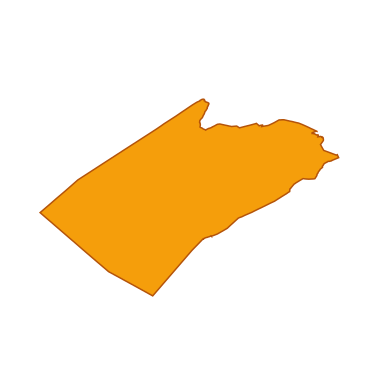 Øyer nor, Oppland, Norway, rotated 159°
{"feature_id": "86288312B79344664474428", "entity_name": "Øyer nor", "entity_type": "district", "adm_level": 2, "iso_a3": "NOR", "parent_name": "Norway", "parent_adm1": "Oppland", "projection": "natural_earth1", "projection_center": [10.395, 61.327], "detail": "fine", "context": "isolated", "style": "filled", "palette": "amber", "viewbox_px": 384, "rotation_deg": 159, "n_neighbors": 0, "source": "geoboundaries", "source_scale": "gbopen_adm2", "svg_char_len": 5196}
<svg xmlns="http://www.w3.org/2000/svg" viewBox="0 0 384 384"><g transform="rotate(159 192 192)"><path d="M126.6,237.5L128.2,238.0L131.7,239.0L132.4,239.5L133.2,240.0L133.9,240.4L135.6,241.6L136.3,242.0L138.0,243.1L139.3,244.0L139.5,244.1L140.1,244.5L141.6,245.5L144.0,246.1L145.1,246.0L146.3,245.8L147.6,245.6L147.9,245.6L148.5,245.6L148.8,245.5L149.1,245.5L149.5,245.4L149.6,245.5L151.2,245.2L151.7,245.2L152.0,245.2L152.2,245.3L152.6,245.2L152.8,245.2L153.0,245.2L153.6,245.4L153.9,245.4L154.2,245.4L155.1,245.2L155.9,245.2L156.1,245.1L156.3,245.1L157.1,244.9L157.7,245.8L158.8,246.6L159.1,247.1L159.4,247.7L160.1,248.5L160.5,248.7L160.8,249.1L161.2,249.5L161.2,249.9L160.9,250.4L160.6,250.9L160.1,251.7L160.0,252.8L159.7,253.3L159.7,253.6L160.0,253.9L160.0,254.3L159.8,254.8L159.7,254.9L159.5,255.1L159.3,255.4L159.3,255.6L159.2,255.8L158.9,256.1L158.4,256.3L158.0,256.6L157.7,256.8L156.6,257.3L155.9,257.6L155.5,257.9L155.1,258.3L154.9,258.5L154.3,259.1L154.2,259.3L154.0,259.5L153.8,259.6L153.3,259.9L153.0,260.3L152.6,260.5L152.4,260.7L152.2,261.0L151.7,261.6L151.4,261.9L151.3,262.1L151.2,262.3L151.0,262.5L150.8,262.6L150.5,262.7L150.0,262.9L149.9,263.0L149.7,263.2L149.4,263.4L149.0,263.7L148.8,263.9L147.8,264.6L147.7,264.9L147.5,265.1L147.5,265.3L147.5,265.5L147.2,265.8L146.6,266.2L146.6,266.3L146.5,266.5L146.1,266.7L145.7,267.0L145.6,267.3L145.5,267.5L145.4,267.6L145.1,267.8L144.9,267.9L144.9,268.0L144.7,268.4L144.5,268.6L144.5,268.9L144.6,269.1L145.0,269.4L145.1,269.7L145.2,269.9L145.3,270.0L145.6,270.1L146.4,270.8L146.6,271.1L146.9,271.2L147.2,271.4L147.2,271.5L147.2,271.8L147.2,272.0L147.3,272.3L147.4,272.5L147.6,272.7L147.9,272.9L147.8,273.1L147.5,273.2L147.4,273.2L147.3,273.3L147.4,273.6L147.6,274.3L148.4,274.7L148.9,274.8L149.3,274.8L149.5,274.9L151.8,274.6L152.1,274.2L153.3,274.2L155.2,274.1L155.8,274.0L160.1,273.2L163.2,272.5L164.0,272.3L164.5,272.2L166.2,271.8L168.7,271.2L172.7,270.3L179.8,268.6L193.7,265.7L197.6,264.7L200.6,264.0L202.7,263.5L207.4,262.5L239.9,255.7L294.2,244.2L309.3,238.6L320.7,234.6L327.5,232.1L329.2,231.5L341.2,227.2L339.2,223.4L338.3,221.7L326.7,200.1L311.8,172.2L305.9,161.3L298.4,147.5L281.9,128.1L265.9,109.1L248.4,118.5L213.0,137.5L209.8,139.0L198.8,144.1L198.6,144.1L198.5,143.9L198.3,143.8L198.2,143.9L198.3,143.9L198.0,144.1L198.0,144.3L197.9,144.3L197.8,144.2L197.6,144.2L197.3,144.2L197.1,144.3L196.7,144.3L196.3,144.4L196.1,144.5L195.8,144.4L195.7,144.4L195.4,144.4L195.0,144.4L194.8,144.3L194.4,144.3L194.1,144.2L193.7,144.2L193.1,144.2L192.8,144.2L192.6,144.2L192.2,144.1L191.9,144.1L191.7,144.1L191.2,144.1L190.9,144.1L190.3,144.3L190.2,144.2L190.0,143.9L190.0,144.0L189.8,144.0L189.6,143.9L189.4,144.0L189.3,143.9L189.2,143.8L189.0,143.7L188.9,143.7L183.4,143.7L176.8,144.7L172.0,145.5L168.4,147.0L160.2,150.2L159.4,150.5L158.2,151.0L157.1,151.1L154.4,151.0L151.1,151.3L143.4,151.6L140.7,151.9L135.2,152.4L133.5,152.5L122.8,153.5L120.0,153.7L118.3,153.8L116.0,154.3L115.0,154.5L110.5,155.4L110.1,155.5L109.8,155.6L109.6,155.6L108.5,155.8L103.4,156.8L102.9,157.0L100.8,157.4L100.7,157.4L100.3,157.9L100.3,158.3L100.2,158.4L100.0,158.9L100.0,159.0L99.6,159.6L99.4,159.6L99.2,159.9L98.6,160.0L98.4,160.3L97.9,160.5L97.5,160.8L97.0,161.0L95.3,162.0L94.6,162.3L94.3,162.6L93.9,162.7L93.8,162.8L93.5,162.9L93.0,162.9L92.6,163.0L92.1,163.2L89.4,163.7L86.7,164.2L83.5,164.7L82.1,163.9L80.5,163.1L78.3,162.1L75.8,161.3L73.7,160.6L72.5,160.4L69.9,162.3L69.7,162.5L69.4,162.8L69.4,163.0L69.2,163.4L68.9,163.6L68.7,163.9L68.5,164.0L68.4,164.1L68.0,164.3L67.8,164.4L67.5,164.7L67.4,164.9L67.2,165.1L67.0,165.3L66.8,165.5L66.2,165.8L65.7,166.2L65.1,166.4L64.4,167.2L61.5,168.2L61.3,168.3L61.3,168.5L61.3,168.8L61.0,169.2L60.9,169.4L60.4,169.6L59.6,170.2L59.2,170.5L58.8,170.8L58.5,171.1L55.9,171.5L55.6,171.4L55.0,171.6L54.0,171.8L52.5,171.3L52.2,171.3L51.4,171.2L51.0,171.1L50.8,171.1L50.6,171.2L50.5,171.3L50.2,171.2L50.0,171.3L49.9,171.3L42.8,171.5L43.0,174.8L44.0,174.7L54.1,183.6L54.6,186.9L54.8,188.3L54.9,189.2L54.9,189.3L55.1,190.2L54.0,190.9L51.0,192.9L50.8,193.2L50.4,194.2L50.2,195.4L50.9,196.1L50.4,196.3L50.8,196.9L51.3,196.7L51.5,197.3L52.0,197.8L53.8,198.2L54.3,198.3L54.7,198.4L54.6,198.5L54.2,198.6L54.0,198.9L53.9,199.3L54.1,199.5L53.9,200.2L54.5,200.4L55.4,200.7L56.1,201.6L56.3,201.8L56.8,202.5L57.0,202.5L57.4,202.8L57.6,202.9L58.0,203.0L58.0,203.3L58.0,203.5L58.4,203.8L58.8,203.8L58.7,204.0L58.6,204.3L56.1,204.2L54.9,204.3L54.6,204.3L54.0,204.1L53.7,203.9L53.7,204.0L54.5,204.8L55.4,205.7L56.2,206.6L56.8,207.2L57.5,207.9L58.6,209.0L59.1,209.6L61.6,212.2L65.0,215.6L66.1,216.6L67.7,218.1L69.4,219.2L71.3,220.5L71.7,220.8L73.4,222.0L75.4,223.2L75.8,223.5L78.8,225.5L80.3,226.5L82.4,227.3L83.0,227.4L84.9,228.1L90.3,227.3L92.4,227.1L96.8,226.8L97.4,226.9L102.3,227.9L103.5,228.1L103.3,228.4L102.7,228.5L103.1,228.9L102.3,228.9L102.1,229.1L102.2,229.3L102.6,229.4L102.9,229.5L103.2,229.4L103.5,229.4L103.9,229.6L104.4,229.8L104.8,229.7L105.2,229.7L105.6,229.7L105.7,229.9L105.9,230.4L106.7,231.9L107.3,233.0L109.3,233.1L109.9,233.2L114.8,233.7L115.5,233.8L116.9,234.0L118.2,234.1L118.6,234.2L119.1,234.3L119.8,234.3L120.4,234.4L124.7,234.9L126.6,237.5Z" fill="#f59e0b" stroke="#b45309" stroke-width="1.5"/></g></svg>